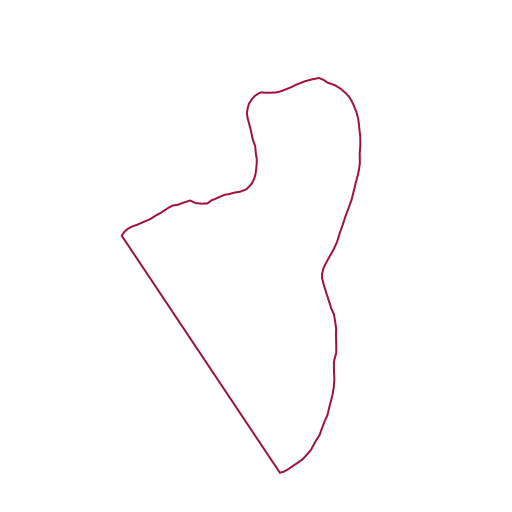 outline of North Huvadhoo, Maldives, rotated 24°
{"feature_id": "70690204B59345201549971", "entity_name": "North Huvadhoo", "entity_type": "district", "adm_level": 2, "iso_a3": "MDV", "parent_name": "Maldives", "parent_adm1": "", "projection": "equal_earth", "projection_center": [73.335, 0.637], "detail": "fine", "context": "isolated", "style": "outline", "palette": "rose", "viewbox_px": 512, "rotation_deg": 24, "n_neighbors": 0, "source": "geoboundaries", "source_scale": "gbopen_adm2", "svg_char_len": 1641}
<svg xmlns="http://www.w3.org/2000/svg" viewBox="0 0 512 512"><g transform="rotate(24 256 256)"><path d="M366.0,444.3L369.0,441.8L372.1,437.7L375.5,432.2L379.1,426.5L381.3,422.5L383.5,416.0L385.1,410.7L385.7,401.4L386.9,394.0L386.4,387.4L385.9,378.5L386.0,372.4L384.2,363.0L382.5,352.4L380.7,345.2L377.8,336.9L373.6,328.5L370.7,322.2L369.8,319.1L368.7,311.8L366.3,306.4L363.4,300.3L361.1,295.3L358.6,289.5L355.5,284.5L351.1,277.8L346.3,273.5L341.3,267.9L336.1,262.1L330.6,255.9L325.4,249.4L323.7,245.7L322.6,239.2L322.8,233.4L323.5,226.1L324.2,218.6L324.3,210.0L323.1,200.3L322.5,191.9L321.6,183.9L321.2,176.5L320.5,166.2L318.6,155.2L317.2,147.9L316.0,139.9L314.8,134.6L313.1,128.9L308.9,119.8L306.3,112.4L302.7,104.5L299.2,98.7L296.8,94.4L293.3,88.7L289.0,83.5L284.0,78.6L279.7,75.0L276.2,72.7L272.1,70.8L268.3,69.7L265.2,68.7L260.7,68.2L258.4,67.8L254.0,68.3L250.8,68.5L246.6,67.7L241.3,67.7L235.7,71.6L229.7,76.4L226.5,79.7L222.8,83.4L219.4,87.6L215.6,91.5L211.3,95.8L207.4,98.7L201.0,101.8L197.8,103.2L194.5,104.2L192.2,106.4L189.8,110.3L188.4,114.3L187.6,120.0L188.4,124.9L189.7,129.4L192.2,133.4L195.8,137.8L200.0,143.1L205.5,150.7L210.5,155.9L214.2,162.5L217.1,166.8L218.8,170.6L220.8,176.4L222.3,181.7L222.9,185.7L222.7,191.5L220.2,198.8L215.5,203.6L210.2,207.1L206.4,210.3L202.4,212.9L198.4,217.1L195.6,220.4L192.7,223.2L190.2,227.8L185.5,230.1L179.5,232.2L173.2,232.1L168.1,236.7L164.1,240.7L159.5,243.7L156.6,247.2L154.0,251.4L151.9,254.6L147.9,259.9L144.5,265.2L140.4,269.6L137.6,272.6L134.8,275.8L131.3,278.9L129.1,281.7L127.8,283.5L126.0,287.0L125.1,292.1L366.0,444.3Z" fill="none" stroke="#9f1239" stroke-width="2"/></g></svg>